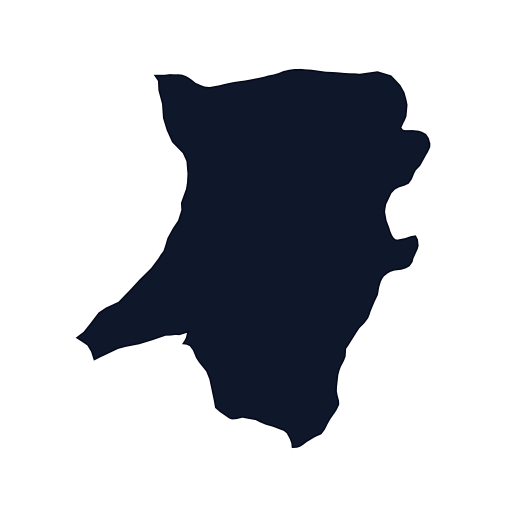 Tsholingkhor, Chirang, Bhutan, rotated 80°
{"feature_id": "84629894B5121542425285", "entity_name": "Tsholingkhor", "entity_type": "district", "adm_level": 2, "iso_a3": "BTN", "parent_name": "Bhutan", "parent_adm1": "Chirang", "projection": "mercator", "projection_center": [90.093, 27.012], "detail": "fine", "context": "isolated", "style": "filled", "palette": "ink", "viewbox_px": 512, "rotation_deg": 80, "n_neighbors": 0, "source": "geoboundaries", "source_scale": "gbopen_adm2", "svg_char_len": 2625}
<svg xmlns="http://www.w3.org/2000/svg" viewBox="0 0 512 512"><g transform="rotate(80 256 256)"><path d="M264.1,95.6L264.1,100.1L265.0,105.8L265.2,114.0L264.3,116.4L261.8,118.2L259.4,119.1L255.5,120.1L251.8,120.5L243.8,122.0L234.9,122.0L232.1,121.2L227.4,119.5L217.2,112.3L214.0,108.0L212.5,103.4L211.8,97.9L210.6,93.4L207.0,89.8L202.1,86.7L198.9,84.3L195.0,79.0L185.3,71.2L183.3,69.4L178.9,66.3L175.6,65.5L173.0,65.8L170.1,66.1L165.8,68.0L163.0,71.6L161.5,74.5L159.9,80.2L158.7,87.6L157.6,90.0L154.7,91.4L149.8,88.0L147.6,86.3L144.2,84.2L133.4,81.3L128.3,81.4L120.8,82.1L113.1,84.8L106.6,89.0L102.2,92.0L95.9,104.4L95.3,122.5L94.1,126.8L93.0,132.4L91.7,137.8L90.0,144.0L88.7,149.4L87.3,155.7L84.6,164.0L82.8,169.6L81.8,173.9L80.3,179.5L79.3,185.7L79.1,191.0L79.4,196.9L80.5,201.8L81.1,207.4L81.1,212.2L81.6,216.7L81.8,221.2L82.0,232.0L82.0,237.0L81.8,241.3L81.6,247.6L81.8,255.2L82.3,262.7L82.3,268.5L82.3,272.5L80.9,277.5L78.8,281.1L75.5,286.0L72.0,289.0L69.3,291.7L67.2,294.2L65.2,297.8L64.3,301.1L63.6,305.2L62.7,309.3L62.4,314.9L61.3,321.0L60.8,324.0L66.5,321.4L75.9,322.6L90.0,321.4L104.1,322.9L116.5,321.4L129.1,318.2L141.7,309.6L150.5,307.3L163.4,308.5L172.0,310.5L178.1,312.6L184.5,316.3L191.0,320.0L198.0,320.8L207.8,325.9L214.7,332.5L223.4,339.5L230.7,343.1L235.4,345.7L239.0,349.5L241.8,351.9L250.4,361.1L259.4,374.2L268.1,385.6L272.2,391.3L277.9,399.1L281.4,412.5L282.9,415.8L284.9,420.4L294.4,430.7L301.4,438.6L305.4,446.5L309.7,441.8L314.4,437.0L321.5,434.3L329.9,433.2L328.1,427.4L326.0,419.6L322.8,408.1L322.1,400.1L321.9,386.4L320.2,372.7L318.0,358.8L318.7,354.6L319.0,349.0L319.9,345.1L318.7,336.0L321.9,337.4L324.7,338.6L327.3,340.6L329.6,342.8L330.5,339.7L332.7,336.3L337.7,333.8L345.8,332.0L350.5,330.0L360.7,324.4L369.1,322.6L391.1,321.9L398.2,321.9L400.4,320.1L402.9,318.1L407.7,313.2L410.7,310.2L412.1,307.8L412.5,303.3L412.1,297.4L413.5,293.7L416.9,284.4L419.6,280.9L423.2,275.3L426.3,268.9L432.4,258.6L435.5,255.9L441.8,253.8L446.4,253.0L450.7,253.3L451.2,248.7L450.6,245.4L449.1,242.0L447.4,238.8L444.0,230.0L443.2,227.1L442.2,222.9L438.3,218.8L433.4,215.2L429.0,211.6L423.3,205.9L421.3,204.0L419.2,202.5L416.6,200.6L413.1,200.1L407.3,200.6L403.0,200.6L398.8,199.7L387.2,196.3L383.0,194.4L379.4,192.3L374.1,188.2L370.3,185.9L362.6,184.0L360.1,181.5L348.5,171.0L344.3,167.0L340.5,161.5L336.2,156.9L333.0,154.9L330.6,153.7L321.9,148.2L315.0,143.3L307.6,140.7L302.3,138.0L299.3,135.7L297.6,133.9L295.4,129.9L294.2,126.5L293.6,122.3L294.0,115.4L293.4,110.7L292.1,106.9L288.7,103.5L285.3,102.0L277.0,96.3L274.0,94.8L268.0,94.4L264.1,95.6Z" fill="#0f172a" stroke="#020617" stroke-width="1.5"/></g></svg>